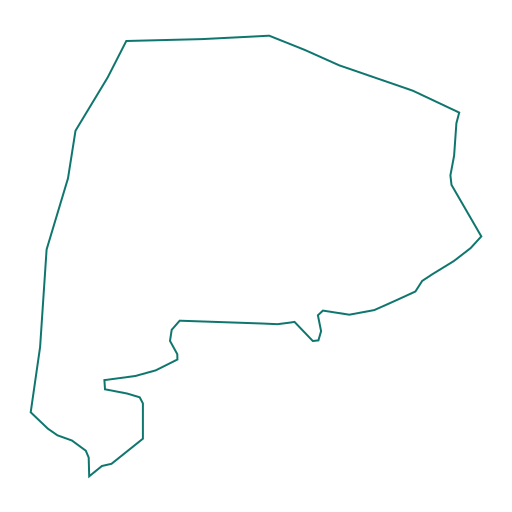 outline of Bérmo, Maradi, Niger
{"feature_id": "23599985B15241034776795", "entity_name": "Bérmo", "entity_type": "district", "adm_level": 2, "iso_a3": "NER", "parent_name": "Niger", "parent_adm1": "Maradi", "projection": "albers", "projection_center": [6.974, 15.013], "detail": "fine", "context": "isolated", "style": "outline", "palette": "teal", "viewbox_px": 512, "rotation_deg": 0, "n_neighbors": 0, "source": "geoboundaries", "source_scale": "gbopen_adm2", "svg_char_len": 814}
<svg xmlns="http://www.w3.org/2000/svg" viewBox="0 0 512 512"><path d="M40.1,347.0L30.7,412.3L47.9,428.7L57.4,435.3L71.9,440.5L85.8,450.7L88.7,457.6L89.2,476.3L101.9,466.0L111.5,463.8L142.9,438.7L142.9,403.4L139.7,397.3L127.0,393.5L105.0,389.3L104.4,380.1L135.2,376.0L155.6,370.4L177.4,359.5L177.3,354.2L170.0,340.9L171.7,329.8L179.7,320.7L262.0,323.5L277.4,324.2L290.7,322.5L294.5,321.9L312.8,341.0L318.4,340.4L321.1,331.2L317.9,315.3L322.9,310.6L349.3,314.7L374.2,310.1L392.0,302.2L415.4,291.5L422.2,280.9L432.7,274.0L453.9,261.0L470.6,248.1L481.3,236.4L451.5,184.9L450.4,175.4L454.1,155.7L456.4,123.2L459.2,112.6L412.8,90.7L339.1,65.3L304.9,50.0L269.2,35.7L257.6,36.3L251.9,36.6L202.0,39.1L126.3,41.0L107.7,77.4L75.5,130.7L68.0,178.3L46.6,249.5L40.1,347.0Z" fill="none" stroke="#0f766e" stroke-width="2"/></svg>